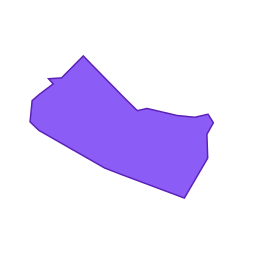 Magdalena Teitipac, Oaxaca, Mexico, rotated 318°
{"feature_id": "50627088B73961742428916", "entity_name": "Magdalena Teitipac", "entity_type": "district", "adm_level": 2, "iso_a3": "MEX", "parent_name": "Mexico", "parent_adm1": "Oaxaca", "projection": "mercator", "projection_center": [-96.555, 16.889], "detail": "fine", "context": "isolated", "style": "filled", "palette": "violet", "viewbox_px": 256, "rotation_deg": 318, "n_neighbors": 0, "source": "geoboundaries", "source_scale": "gbopen_adm2", "svg_char_len": 520}
<svg xmlns="http://www.w3.org/2000/svg" viewBox="0 0 256 256"><g transform="rotate(318 128 128)"><path d="M196.7,171.3L184.8,164.7L172.9,151.6L155.2,126.2L146.6,121.4L146.4,119.5L145.5,104.8L145.3,100.6L144.2,75.2L143.4,56.0L143.0,44.5L112.4,46.3L112.1,46.3L101.9,38.2L101.9,45.2L85.2,43.7L75.1,43.5L59.3,57.9L60.2,70.3L63.8,81.1L64.2,82.4L72.2,106.7L83.9,142.2L87.5,149.3L92.4,159.0L123.0,217.8L144.5,210.9L167.1,203.7L182.4,185.5L195.0,181.2L196.7,171.3Z" fill="#8b5cf6" stroke="#5b21b6" stroke-width="1.5"/></g></svg>